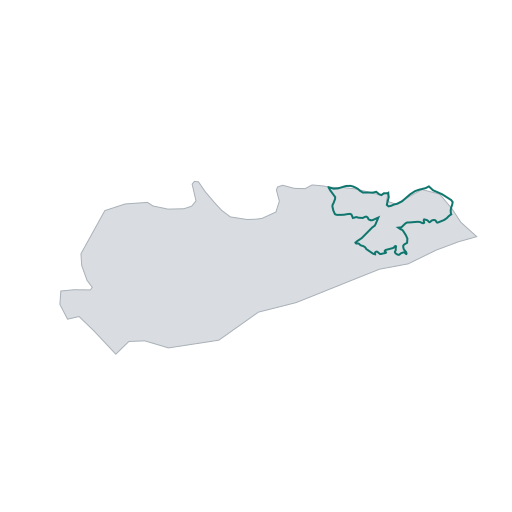 An Nabatiyah on a map of Lebanon (orthographic projection), rotated 227°
{"feature_id": "LBN-3059", "entity_name": "An Nabatiyah", "entity_type": "Province", "adm_level": 1, "iso_a3": "LBN", "parent_name": "Lebanon", "parent_adm1": "", "projection": "orthographic", "projection_center": [35.465, 33.278], "detail": "fine", "context": "in_parent", "style": "outline", "palette": "teal", "viewbox_px": 512, "rotation_deg": 227, "n_neighbors": 0, "source": "natural_earth", "source_scale": "10m", "svg_char_len": 3640}
<svg xmlns="http://www.w3.org/2000/svg" viewBox="0 0 512 512"><g transform="rotate(227 256 256)"><path d="M279.8,86.5L311.8,86.4L332.4,85.3L338.3,75.1L354.4,79.6L363.5,89.4L355.5,99.8L344.1,111.8L344.8,114.9L353.4,115.8L368.0,122.1L377.0,129.5L392.3,176.4L383.3,195.8L369.2,213.2L362.8,214.8L350.4,223.5L339.9,235.3L336.3,242.8L337.2,249.7L352.1,258.3L352.6,261.8L349.5,264.5L337.5,262.7L322.0,262.0L312.8,262.0L302.1,263.9L288.6,274.5L282.6,281.5L279.4,286.1L274.6,300.5L280.1,310.4L290.3,315.9L291.8,318.8L289.5,323.8L279.4,330.1L271.8,337.8L269.7,345.5L261.2,353.1L256.0,356.7L246.1,366.9L236.3,375.2L216.4,388.1L211.9,395.7L207.4,388.9L198.7,393.6L191.4,422.7L176.1,432.5L157.1,431.6L141.1,428.8L119.7,430.6L128.4,413.6L137.5,391.6L146.5,361.9L162.2,337.2L194.6,253.5L213.3,219.5L219.8,171.4L248.5,129.3L269.9,116.7L280.2,104.7L279.8,86.5Z" fill="#d9dde1" stroke="#a8b0b8" stroke-width="1"/><path d="M210.9,394.9L208.5,393.2L205.1,387.8L204.1,386.5L201.9,386.8L200.6,388.9L199.6,391.9L197.9,394.9L196.4,399.9L196.0,410.8L195.0,416.5L193.4,420.2L189.9,426.5L189.0,429.9L183.3,430.3L174.3,434.2L163.8,436.9L161.3,436.6L159.6,434.3L158.3,431.7L156.5,429.4L154.4,427.7L153.3,427.2L153.6,425.6L153.7,423.1L153.6,422.5L153.6,421.3L153.6,420.8L153.9,419.8L153.9,418.7L154.0,418.2L156.3,412.2L156.8,411.3L157.8,411.2L159.2,411.5L159.7,411.5L160.1,411.4L160.4,411.2L161.3,410.3L161.7,409.6L162.1,408.7L162.2,406.5L162.4,405.9L163.2,405.7L164.9,405.7L165.4,405.6L166.0,405.3L167.8,404.2L168.1,403.9L167.8,403.1L167.4,402.7L166.9,402.4L166.4,402.2L166.0,402.0L165.6,401.6L165.7,401.1L166.0,400.5L167.1,399.9L167.8,399.6L169.0,399.1L169.9,398.4L171.0,397.3L176.1,390.8L177.0,390.0L177.6,388.9L177.9,387.7L177.9,384.1L177.8,383.2L177.9,381.9L179.7,379.4L176.8,380.0L176.0,380.6L175.2,380.7L174.0,380.7L169.1,379.8L165.5,378.6L162.6,375.5L163.4,372.0L163.0,370.5L162.5,370.1L162.0,369.7L160.0,368.6L159.5,368.5L159.0,368.6L157.0,368.5L156.4,368.4L155.9,368.2L155.4,367.9L155.0,367.6L154.9,367.3L155.2,367.1L157.0,367.0L157.7,366.7L158.2,366.1L158.8,364.7L159.1,363.9L159.2,363.2L159.2,362.0L159.3,361.5L159.8,360.9L160.7,360.4L162.6,359.9L163.5,360.0L164.2,360.3L164.5,360.8L164.8,361.8L165.1,362.3L165.5,362.7L166.3,363.4L166.6,363.7L166.8,364.1L167.3,364.8L167.7,365.0L168.1,364.9L168.4,364.3L168.2,362.4L168.5,361.4L171.8,355.3L172.0,354.7L172.0,354.2L172.0,353.7L171.7,353.4L171.3,353.3L170.3,353.6L169.9,353.5L169.8,353.1L170.1,352.4L171.6,350.0L172.0,349.1L172.5,348.4L173.0,348.0L175.1,347.8L176.3,347.6L176.8,347.4L177.2,346.9L177.4,345.8L177.2,345.2L176.8,344.8L176.3,344.6L176.0,344.3L177.8,343.2L185.8,341.4L187.3,341.7L188.4,341.7L189.0,341.5L190.1,341.2L192.1,340.0L192.7,339.8L193.3,339.7L194.3,339.7L194.8,339.6L195.3,339.4L195.8,339.0L196.1,338.6L196.5,338.0L197.1,337.7L197.5,337.7L197.8,337.9L197.9,338.0L198.0,338.0L197.9,339.9L197.0,345.4L197.0,346.0L197.6,360.5L197.2,363.5L197.8,365.3L200.7,371.7L202.7,365.8L203.7,364.3L204.5,364.1L204.8,363.9L205.5,363.5L205.8,363.4L206.2,363.4L206.6,363.5L207.0,363.6L207.4,363.8L208.0,363.9L209.1,363.7L209.7,363.4L210.1,362.8L210.3,362.3L211.1,359.9L214.3,356.9L215.4,356.4L216.2,355.7L217.7,352.8L221.3,354.1L222.7,353.5L224.5,351.1L226.1,348.6L228.1,346.2L230.6,343.5L231.9,342.6L232.8,342.3L236.4,343.5L240.2,345.7L241.3,347.1L241.8,348.7L243.7,352.6L244.5,353.5L245.1,354.1L253.6,355.1L256.7,355.9L256.8,356.0L252.3,358.7L249.5,362.1L245.8,369.6L242.8,373.0L240.6,374.4L238.0,375.5L235.4,376.3L232.9,376.5L229.6,377.4L222.5,384.9L221.0,387.7L217.1,388.2L215.0,389.3L214.7,392.3L212.2,394.9L212.0,395.8L210.9,394.9L210.9,394.9Z" fill="none" stroke="#0f766e" stroke-width="2"/></g></svg>